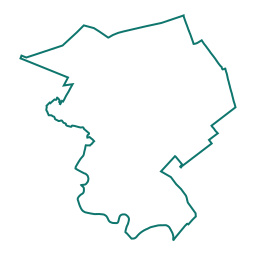 outline of Mihaileni, Botosani, Romania
{"feature_id": "2599482B73560952630788", "entity_name": "Mihaileni", "entity_type": "district", "adm_level": 2, "iso_a3": "ROU", "parent_name": "Romania", "parent_adm1": "Botosani", "projection": "orthographic", "projection_center": [26.143, 47.957], "detail": "fine", "context": "isolated", "style": "outline", "palette": "teal", "viewbox_px": 256, "rotation_deg": 0, "n_neighbors": 0, "source": "geoboundaries", "source_scale": "gbopen_adm2", "svg_char_len": 5535}
<svg xmlns="http://www.w3.org/2000/svg" viewBox="0 0 256 256"><path d="M173.1,240.6L175.3,237.6L185.3,225.5L185.8,225.1L186.9,223.9L187.5,223.8L188.0,224.2L188.4,224.4L190.4,222.1L192.5,219.7L194.2,218.0L195.8,216.5L195.6,213.3L187.8,202.5L187.2,200.2L186.7,197.8L185.9,195.6L181.1,189.1L176.1,184.1L170.9,177.1L161.0,171.4L175.0,156.2L175.7,156.7L182.1,164.4L180.2,166.7L181.0,167.4L182.7,165.2L183.0,165.4L211.7,143.5L209.0,139.9L217.8,133.3L215.4,130.8L214.2,129.0L213.3,127.9L211.9,126.4L211.5,125.7L235.5,107.3L234.6,103.9L233.7,101.2L233.1,98.7L232.4,96.0L231.8,93.4L231.0,90.8L230.2,87.9L229.6,85.3L229.3,84.4L228.8,82.4L228.6,81.4L228.1,79.9L227.5,77.1L226.9,74.2L226.5,72.9L226.0,71.4L225.7,70.3L225.3,68.6L225.1,68.6L224.9,68.6L224.5,68.9L223.1,69.3L222.7,69.4L222.4,69.2L222.1,68.7L221.9,68.0L221.6,67.2L221.5,66.8L221.3,66.7L221.2,66.6L220.4,65.9L218.5,63.5L216.7,60.9L215.0,58.4L213.1,55.9L212.5,55.1L210.6,52.7L210.0,51.8L209.3,50.8L207.3,48.1L205.3,45.4L204.6,44.6L204.0,43.8L202.4,41.4L202.0,40.7L201.7,40.3L199.7,41.5L197.9,42.6L197.2,43.0L196.2,43.4L195.6,43.6L194.5,43.8L193.6,43.9L193.0,42.0L190.1,33.8L189.7,33.0L189.4,32.1L189.2,31.5L189.1,31.3L189.0,31.2L189.0,30.9L188.8,30.7L188.2,29.0L187.1,25.9L186.2,23.6L184.5,18.9L184.2,17.9L183.9,17.2L183.8,16.7L183.7,16.3L183.6,15.4L181.2,16.3L161.2,23.0L145.8,26.3L123.3,31.5L118.1,32.9L112.9,35.0L108.6,37.5L108.2,37.6L99.6,31.7L93.9,28.1L83.8,25.4L76.7,32.5L64.2,44.0L62.6,45.5L35.8,54.4L26.3,57.5L21.5,55.6L21.0,57.0L20.5,58.4L21.9,58.9L30.6,62.4L68.0,77.5L63.8,85.5L70.4,84.5L72.6,84.2L70.1,88.7L68.7,91.4L66.2,95.6L64.9,98.1L64.6,98.8L63.1,101.5L62.0,100.9L61.0,102.8L60.3,104.1L59.9,103.9L60.2,103.1L59.2,102.1L59.2,101.5L59.4,101.2L59.7,100.9L59.8,100.6L59.4,100.1L59.0,99.5L58.6,98.9L57.9,98.2L57.3,97.7L57.1,97.7L56.9,98.2L56.8,98.7L56.6,99.2L56.3,99.7L55.9,99.8L55.6,99.8L55.0,99.6L54.6,99.5L54.2,99.7L52.7,101.1L51.1,102.5L50.4,103.2L49.7,102.6L47.4,104.9L46.5,105.9L46.7,106.8L46.7,107.5L46.5,108.3L46.4,109.1L46.3,110.0L46.5,110.5L46.9,111.1L47.4,112.0L47.7,113.0L48.0,113.4L48.3,114.3L48.7,115.2L50.7,115.3L51.5,115.3L52.5,116.1L53.2,116.4L54.0,116.7L54.5,117.3L54.9,118.5L55.1,119.1L55.7,119.5L57.5,120.4L58.0,120.7L58.6,121.0L59.5,121.0L60.6,120.6L61.3,120.5L62.0,120.7L62.4,121.3L62.9,122.0L63.5,122.7L64.6,123.2L65.5,123.5L65.9,123.9L66.0,124.8L66.2,125.1L66.8,125.6L67.8,126.0L71.0,126.8L71.4,126.6L71.8,125.8L72.2,125.6L72.9,125.7L74.4,125.9L78.5,127.0L80.5,127.5L81.6,127.4L82.9,127.3L83.2,127.6L83.7,128.1L83.9,128.5L84.0,129.0L84.7,129.5L86.5,131.1L88.8,133.0L89.0,133.3L89.0,133.6L88.8,134.1L88.6,134.4L87.7,135.1L87.5,135.3L87.3,136.2L87.2,137.0L87.4,137.6L89.7,137.1L89.9,137.3L90.2,137.6L90.8,138.1L92.1,139.1L93.0,139.9L93.7,140.7L94.1,141.2L93.7,141.5L93.2,142.1L91.9,143.7L91.5,144.1L89.9,145.3L89.8,145.5L89.3,145.4L88.5,145.4L87.5,145.4L85.8,145.3L85.6,145.9L85.3,147.5L85.2,148.2L85.1,148.9L85.0,149.2L84.9,149.3L84.7,150.3L84.3,151.7L84.0,153.5L83.8,154.2L83.6,154.9L83.4,155.4L83.2,155.7L83.0,156.0L81.2,158.1L80.4,159.1L79.8,160.0L78.1,162.7L76.8,165.0L76.6,165.3L75.7,167.0L75.5,168.5L76.6,169.2L77.5,169.8L78.8,170.5L80.5,171.4L84.3,173.4L85.2,173.6L85.7,173.9L86.8,174.8L87.4,175.5L87.7,175.9L87.9,176.5L88.2,177.5L88.4,178.4L88.4,179.0L88.2,180.2L88.1,180.7L88.0,181.2L87.7,181.7L87.6,182.0L87.0,182.7L86.7,183.2L86.2,183.8L85.9,184.0L85.5,184.3L85.2,184.5L84.8,184.6L83.6,184.8L82.2,184.9L81.5,185.0L81.2,185.1L81.3,185.3L83.1,186.9L83.5,187.4L83.7,187.7L83.8,188.0L83.9,189.1L83.9,190.6L83.9,191.0L83.8,191.5L83.6,192.1L83.4,192.7L83.1,193.0L82.9,193.3L82.6,193.5L82.2,193.8L81.3,194.4L81.1,194.5L80.6,194.8L80.4,195.0L79.1,196.3L78.7,196.8L78.5,197.1L78.0,197.9L77.9,198.2L77.8,198.5L77.7,198.9L77.7,199.3L77.9,200.2L78.0,200.6L78.3,201.1L78.6,202.4L78.9,203.1L79.3,204.5L80.1,206.5L80.9,208.2L81.6,209.4L82.1,210.1L82.5,210.5L83.1,211.1L83.8,211.5L84.6,212.0L85.3,212.3L85.7,212.4L86.1,212.5L90.8,213.5L94.6,214.1L95.0,214.1L95.3,214.1L96.8,214.0L97.0,214.1L99.0,214.0L101.2,214.2L103.0,214.4L103.5,214.5L104.2,214.7L104.9,215.1L105.7,215.6L106.3,216.1L106.8,216.8L107.3,217.5L108.7,220.5L109.0,220.8L109.2,221.2L109.6,221.5L109.9,221.8L110.3,222.1L110.9,222.3L111.9,222.7L112.6,222.9L113.3,223.0L114.2,223.0L115.6,223.1L116.3,223.1L117.1,222.9L117.3,222.9L117.7,222.6L118.0,222.2L118.2,221.8L118.4,221.2L118.9,219.2L119.4,217.3L119.8,216.3L120.0,216.0L120.3,215.6L120.6,215.4L120.9,215.1L121.4,214.8L122.0,214.6L122.4,214.5L122.9,214.4L123.7,214.4L124.7,214.4L125.4,214.6L126.2,215.0L126.5,215.3L126.9,215.6L127.6,216.2L127.9,216.6L128.4,217.3L128.6,217.7L128.9,218.4L128.9,218.9L128.9,219.6L128.9,220.1L128.7,221.0L128.5,221.9L128.4,222.2L128.2,222.9L128.1,223.5L126.7,226.6L126.5,227.0L126.2,228.4L126.0,228.9L125.7,230.2L125.6,230.6L125.6,230.8L125.4,232.1L125.9,232.7L126.8,233.3L130.0,236.9L131.5,238.6L132.0,238.6L133.4,238.5L133.5,238.5L133.9,238.5L134.5,238.3L135.1,238.0L135.6,237.7L136.3,237.1L138.0,235.1L139.3,233.8L140.7,232.6L141.8,231.8L142.1,231.6L144.0,230.4L145.4,229.7L146.1,229.3L146.6,229.2L146.8,229.1L147.1,228.9L147.6,228.7L150.4,227.3L151.8,226.9L153.1,226.6L154.6,226.2L154.9,226.2L155.2,226.1L155.3,226.1L157.6,225.5L158.4,225.4L159.5,225.3L160.7,225.2L160.8,225.3L164.3,225.2L164.9,225.2L166.0,225.2L166.3,225.3L166.9,225.6L167.0,225.6L167.6,225.9L168.2,226.3L168.5,226.6L169.0,226.9L169.3,227.3L170.7,229.7L171.9,232.0L172.5,233.2L172.9,234.5L173.1,235.4L173.2,235.6L173.3,236.4L173.3,237.7L173.2,239.6L173.2,240.0L173.2,240.4L173.1,240.6Z" fill="none" stroke="#0f766e" stroke-width="2"/></svg>